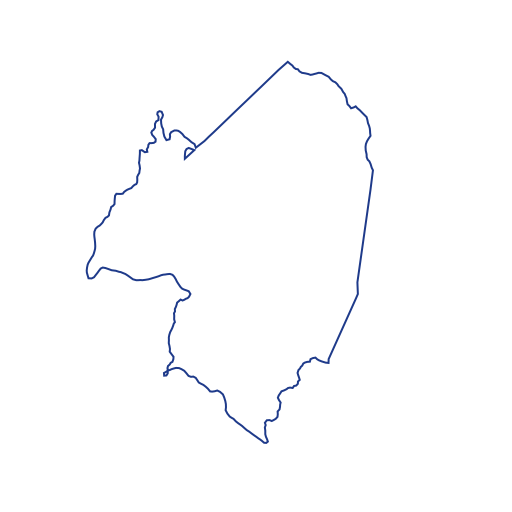 outline of Verdelândia, Minas Gerais, Brazil, rotated 334°
{"feature_id": "56859067B9302014521785", "entity_name": "Verdelândia", "entity_type": "district", "adm_level": 2, "iso_a3": "BRA", "parent_name": "Brazil", "parent_adm1": "Minas Gerais", "projection": "equal_earth", "projection_center": [-43.704, -15.563], "detail": "fine", "context": "isolated", "style": "outline", "palette": "blue", "viewbox_px": 512, "rotation_deg": 334, "n_neighbors": 0, "source": "geoboundaries", "source_scale": "gbopen_adm2", "svg_char_len": 4749}
<svg xmlns="http://www.w3.org/2000/svg" viewBox="0 0 512 512"><g transform="rotate(334 256 256)"><path d="M95.7,202.6L98.4,204.1L101.1,204.1L103.5,202.9L106.0,201.7L108.4,200.4L110.9,199.2L113.2,199.2L115.4,200.8L117.8,203.2L120.0,205.5L123.5,207.8L125.9,210.1L127.4,211.2L128.8,212.8L130.7,214.9L132.2,217.4L133.4,219.6L135.2,223.0L137.7,225.2L139.5,226.1L141.5,226.9L143.2,227.9L145.8,228.8L149.0,229.8L151.2,230.2L153.8,230.6L156.7,231.1L159.5,231.5L162.3,231.7L164.3,232.1L166.5,232.9L168.2,233.4L170.8,234.4L172.7,236.3L173.4,238.6L173.7,241.6L173.7,244.3L174.0,247.0L174.5,250.6L175.3,253.0L176.7,254.7L178.4,256.4L180.1,258.2L180.4,261.4L177.9,263.3L176.0,263.9L174.3,263.7L172.4,263.9L170.5,263.8L169.1,262.1L166.8,262.8L164.7,263.3L163.2,265.1L161.7,266.6L159.8,268.1L158.9,270.3L157.2,271.5L156.3,273.9L154.7,277.0L154.1,279.9L152.5,280.7L151.0,282.3L149.2,284.0L147.7,285.2L145.5,286.8L143.5,288.9L142.0,290.9L140.8,293.5L139.4,296.1L138.8,298.9L137.9,301.9L136.5,304.2L137.1,307.5L137.7,310.4L136.5,312.5L134.5,314.5L132.5,314.6L130.9,315.7L128.7,316.3L127.3,317.9L126.5,320.3L128.5,320.7L130.5,320.7L132.5,321.0L135.0,321.5L137.7,323.0L139.4,325.0L141.2,327.7L142.0,330.6L142.8,334.2L144.6,336.1L146.8,336.9L148.4,339.1L148.8,341.9L149.1,344.6L150.5,346.6L152.2,348.8L153.5,351.4L154.6,354.2L155.4,357.6L157.2,358.7L159.7,359.5L162.2,359.9L164.1,362.3L165.6,365.9L165.4,369.3L164.8,373.0L164.0,375.9L162.7,378.8L161.1,381.3L161.2,385.1L162.0,388.8L163.2,390.8L164.4,392.5L165.4,395.8L166.7,398.5L167.9,400.6L169.0,402.7L170.2,405.7L171.4,408.5L172.9,410.9L174.4,413.9L175.9,416.7L177.1,418.8L178.1,420.8L179.3,422.8L180.3,424.8L181.4,427.4L183.3,428.5L185.3,428.0L185.6,425.7L185.7,422.8L186.2,420.3L187.8,417.0L188.8,414.0L190.6,412.2L190.9,409.8L193.7,408.4L196.2,409.4L197.8,411.2L199.7,411.2L202.3,411.0L204.8,410.0L206.2,407.8L207.3,405.2L209.9,404.2L211.4,402.2L212.6,400.1L213.9,398.5L213.5,395.7L213.5,393.0L215.3,391.3L217.3,390.2L219.6,388.8L222.3,389.1L225.1,389.1L226.9,388.7L228.9,389.2L231.1,390.7L233.2,389.5L235.3,390.1L237.6,389.2L238.7,387.2L241.0,386.5L241.4,384.1L241.7,381.5L242.1,379.3L244.2,377.1L246.2,376.4L247.7,375.3L249.5,374.8L251.3,373.4L253.1,373.2L255.6,373.6L258.1,374.6L259.8,372.6L262.4,372.7L264.9,373.4L265.7,375.6L266.9,377.4L268.8,379.5L270.5,381.1L271.9,382.4L274.3,383.9L276.1,380.5L327.3,337.9L330.9,334.8L335.6,324.1L387.9,246.7L398.7,230.2L398.7,227.4L399.3,223.7L399.4,220.6L398.6,218.4L398.8,215.7L400.0,213.0L400.9,209.2L402.3,205.9L403.9,203.5L406.1,201.5L408.7,199.8L411.6,198.2L412.5,195.5L413.4,193.4L414.2,191.2L414.7,188.6L414.9,185.7L415.7,182.7L416.3,179.6L415.3,176.8L414.3,173.9L413.2,170.5L411.9,167.7L411.2,165.2L409.0,165.3L406.2,164.9L405.7,162.2L404.8,159.8L405.5,156.9L406.5,153.8L406.6,151.4L406.8,149.2L406.2,146.8L406.0,143.1L404.7,139.6L404.4,137.3L403.5,134.7L401.7,132.5L400.7,130.1L399.9,126.8L397.8,124.0L396.3,121.9L395.1,120.2L392.6,118.8L390.1,118.4L388.3,118.0L386.5,117.7L384.4,117.1L382.8,115.4L380.3,113.4L377.6,111.5L376.0,109.1L375.5,106.5L373.8,105.4L372.6,103.1L372.2,100.8L370.9,98.2L369.7,95.4L357.7,98.7L335.8,105.8L329.2,107.9L302.6,116.4L271.9,126.3L265.6,128.2L262.7,129.2L260.0,130.1L249.4,132.3L249.8,128.5L247.9,125.4L246.5,121.9L245.4,119.7L244.0,117.6L243.3,114.1L242.1,111.2L241.0,109.4L239.4,108.2L237.7,107.4L234.0,107.5L232.0,108.8L231.1,111.1L229.5,113.2L226.3,112.6L226.0,108.5L226.8,104.8L228.1,101.4L228.1,98.4L228.9,95.3L230.4,91.8L232.7,90.2L234.2,88.5L234.4,85.0L232.7,83.5L230.6,83.7L229.4,85.3L229.5,88.1L227.9,91.1L225.2,91.3L223.1,93.0L221.5,96.4L219.2,97.7L217.5,98.0L216.0,99.2L215.8,101.8L216.5,104.0L217.1,107.0L215.8,109.2L213.7,109.5L211.7,108.8L209.8,107.9L208.0,108.9L206.8,110.8L204.6,112.3L204.0,114.7L201.6,114.0L199.8,110.8L197.9,110.3L196.4,113.3L194.4,116.7L193.0,119.2L191.7,120.9L191.1,123.5L190.1,126.5L188.8,128.2L187.5,130.2L185.6,131.4L183.9,132.8L182.6,135.7L181.4,137.8L179.9,138.9L178.0,138.8L175.8,139.4L173.7,140.3L171.5,140.1L169.4,140.0L167.6,140.2L165.6,140.6L163.6,141.6L161.8,141.0L159.8,140.0L157.8,138.9L155.8,140.0L154.3,142.4L153.0,144.6L151.6,147.3L149.6,148.2L147.3,148.5L145.6,150.5L143.4,152.5L141.6,155.1L139.6,155.7L137.5,155.7L135.0,157.0L132.9,158.6L131.2,159.3L128.9,160.1L126.5,160.3L123.9,161.1L121.4,163.3L120.0,165.8L119.2,167.8L118.4,170.2L117.2,173.5L115.8,176.8L114.6,178.9L113.3,180.5L111.4,182.6L109.7,184.2L108.1,185.0L106.4,186.1L104.7,187.2L102.5,188.6L100.9,190.0L99.1,192.3L97.5,194.8L96.7,196.8L96.2,199.5L95.7,202.6ZM247.0,133.8L234.7,137.4L235.8,135.1L236.9,133.2L238.4,130.8L240.5,129.4L242.9,129.4L245.0,131.6L247.0,133.8ZM126.5,320.3L124.3,320.7L122.0,320.8L121.0,323.3L123.1,324.1L125.2,322.8L126.5,320.3Z" fill="none" stroke="#1e3a8a" stroke-width="2"/></g></svg>